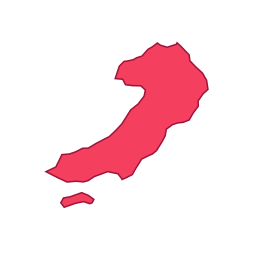 Söderköping, Östergötland, Sweden, rotated 112°
{"feature_id": "70781695B48628112229025", "entity_name": "Söderköping", "entity_type": "district", "adm_level": 2, "iso_a3": "SWE", "parent_name": "Sweden", "parent_adm1": "Östergötland", "projection": "orthographic", "projection_center": [16.491, 58.412], "detail": "fine", "context": "isolated", "style": "filled", "palette": "rose", "viewbox_px": 256, "rotation_deg": 112, "n_neighbors": 0, "source": "geoboundaries", "source_scale": "gbopen_adm2", "svg_char_len": 1164}
<svg xmlns="http://www.w3.org/2000/svg" viewBox="0 0 256 256"><g transform="rotate(112 128 128)"><path d="M199.2,187.7L200.4,174.6L200.9,164.2L197.0,156.6L194.6,149.0L191.8,145.3L185.6,141.0L180.9,135.8L176.1,130.6L174.2,120.2L177.5,114.6L178.0,114.2L174.6,110.9L169.5,106.5L163.4,105.8L151.7,103.7L146.3,98.9L143.0,95.7L138.3,93.1L128.1,91.3L121.3,90.6L114.7,92.0L108.2,88.0L104.6,83.7L102.1,79.0L97.7,74.3L89.8,73.2L81.4,71.0L76.7,73.1L68.4,71.3L62.3,68.3L54.3,73.0L49.2,79.5L45.8,88.5L42.5,95.8L37.4,98.6L32.3,109.9L30.6,114.4L32.3,114.6L38.4,121.9L39.1,128.8L38.2,132.6L43.4,135.7L47.7,139.0L56.1,142.0L59.7,146.4L62.6,148.6L65.9,153.3L67.7,156.6L73.9,159.2L87.0,158.4L84.8,151.2L88.8,146.5L87.0,139.6L84.1,131.9L86.3,126.1L92.5,125.0L102.0,127.6L110.3,132.3L120.9,134.2L126.7,135.3L134.3,138.2L143.1,142.2L146.7,145.4L154.0,151.6L161.6,157.4L163.8,162.5L169.7,167.6L174.1,172.7L177.4,179.3L182.5,179.6L191.2,180.3L199.2,187.7ZM207.0,132.9L205.3,139.5L205.3,146.7L210.4,152.5L213.4,155.8L217.0,161.6L222.5,162.3L225.4,157.5L221.3,152.8L217.7,148.8L212.9,141.6L212.5,135.1L210.7,133.2L207.0,132.9Z" fill="#f43f5e" stroke="#9f1239" stroke-width="1.5"/></g></svg>